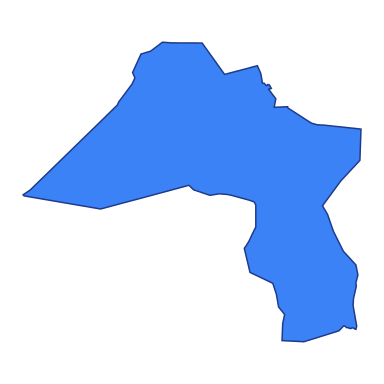 Haya, Red Sea, Sudan (orthographic projection)
{"feature_id": "16777658B79531940846564", "entity_name": "Haya", "entity_type": "district", "adm_level": 2, "iso_a3": "SDN", "parent_name": "Sudan", "parent_adm1": "Red Sea", "projection": "orthographic", "projection_center": [36.501, 17.972], "detail": "fine", "context": "isolated", "style": "filled", "palette": "blue", "viewbox_px": 384, "rotation_deg": 0, "n_neighbors": 0, "source": "geoboundaries", "source_scale": "gbopen_adm2", "svg_char_len": 1529}
<svg xmlns="http://www.w3.org/2000/svg" viewBox="0 0 384 384"><path d="M24.1,195.9L100.6,209.0L124.7,202.5L139.9,198.5L188.9,185.3L193.7,189.9L209.9,195.3L219.3,193.8L227.5,194.5L231.8,195.4L240.1,197.7L248.6,200.0L254.2,201.9L255.8,205.1L255.8,210.7L255.8,227.0L252.4,233.8L249.0,241.1L246.3,245.5L244.3,248.3L250.0,272.4L272.8,283.3L276.3,294.0L277.3,299.5L278.6,307.0L284.6,314.5L282.7,323.6L282.0,340.6L285.5,340.8L303.5,341.7L303.7,341.8L338.7,330.9L338.8,330.9L339.1,330.6L343.7,325.9L344.0,325.9L344.7,326.0L344.9,326.2L345.0,326.2L345.2,326.4L345.3,326.5L345.5,326.6L346.1,327.2L346.8,327.7L347.7,327.6L347.9,327.6L348.5,327.6L348.8,328.1L349.0,328.2L349.7,328.4L349.9,328.4L350.2,328.5L350.4,328.5L350.7,328.5L350.9,328.5L351.1,328.4L352.1,327.8L352.8,327.8L355.3,329.2L355.9,329.3L355.9,329.1L356.0,328.9L356.7,326.1L353.1,305.6L353.5,298.6L356.3,286.3L355.9,282.7L357.9,275.0L355.9,264.9L353.1,261.9L343.4,251.3L333.5,231.5L330.4,222.7L327.6,214.5L322.5,205.8L340.8,180.9L359.9,160.4L361.0,129.1L323.7,125.1L317.4,124.8L311.6,123.2L307.4,120.6L287.8,107.9L287.7,106.7L274.2,107.3L275.8,98.7L272.5,94.4L268.7,89.4L269.3,88.6L270.2,88.9L271.3,88.4L269.9,85.8L269.4,85.0L268.1,84.5L267.6,84.6L266.8,85.7L266.1,85.5L264.1,83.2L262.5,83.2L260.8,73.6L257.4,65.7L224.6,74.4L202.1,43.0L172.0,42.9L162.5,42.2L150.5,51.2L141.0,54.0L132.6,72.5L134.9,77.9L132.1,84.0L118.6,102.1L117.5,104.9L113.7,108.6L102.1,120.0L31.0,189.2L30.6,189.7L23.1,194.8L24.1,195.9L24.1,195.9Z" fill="#3b82f6" stroke="#1e3a8a" stroke-width="1.5"/></svg>